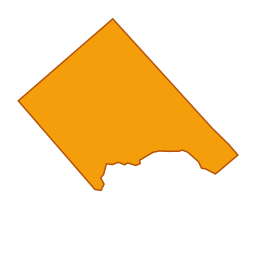 Crane, Texas, United States of America (orthographic projection), rotated 319°
{"feature_id": "52423323B45238818245083", "entity_name": "Crane", "entity_type": "district", "adm_level": 2, "iso_a3": "USA", "parent_name": "United States of America", "parent_adm1": "Texas", "projection": "orthographic", "projection_center": [-102.544, 31.369], "detail": "fine", "context": "isolated", "style": "filled", "palette": "amber", "viewbox_px": 256, "rotation_deg": 319, "n_neighbors": 0, "source": "geoboundaries", "source_scale": "gbopen_adm2", "svg_char_len": 518}
<svg xmlns="http://www.w3.org/2000/svg" viewBox="0 0 256 256"><g transform="rotate(319 128 128)"><path d="M63.0,35.5L62.7,152.6L66.7,157.4L73.2,154.6L74.6,147.8L79.2,147.0L88.3,140.8L92.2,145.4L98.1,147.5L101.4,153.6L104.9,154.1L109.3,161.4L114.0,162.8L115.4,159.9L131.0,162.8L136.8,166.0L142.0,171.1L151.3,179.0L154.3,180.1L157.2,185.4L159.1,199.9L157.1,206.5L159.9,210.1L163.8,220.0L168.7,220.2L193.2,220.5L193.3,207.1L191.4,183.9L188.1,35.6L63.0,35.5Z" fill="#f59e0b" stroke="#b45309" stroke-width="1.5"/></g></svg>